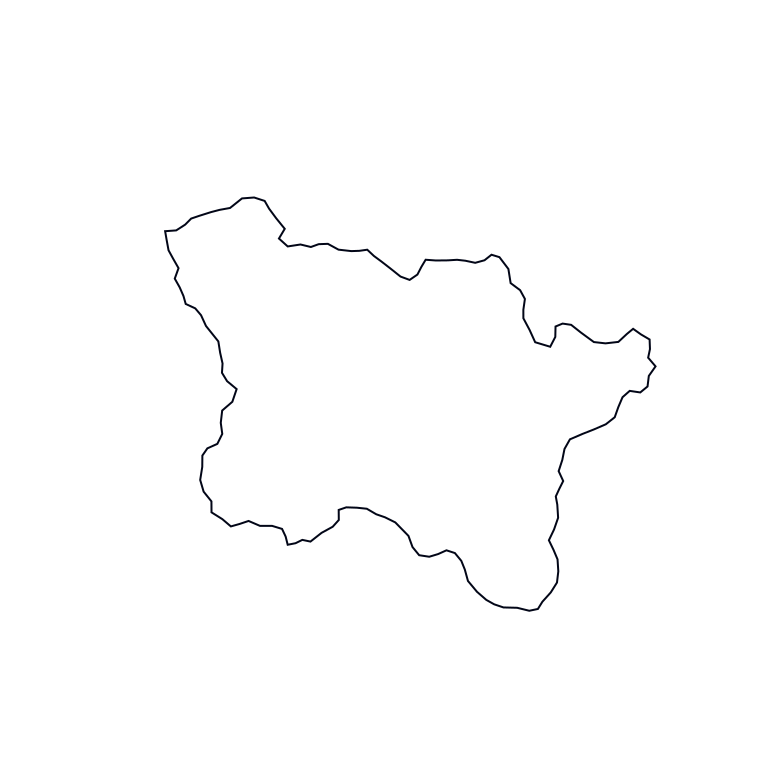 outline of Crucilândia, Minas Gerais, Brazil, rotated 132°
{"feature_id": "56859067B69877732933738", "entity_name": "Crucilândia", "entity_type": "district", "adm_level": 2, "iso_a3": "BRA", "parent_name": "Brazil", "parent_adm1": "Minas Gerais", "projection": "natural_earth1", "projection_center": [-44.362, -20.409], "detail": "fine", "context": "isolated", "style": "outline", "palette": "ink", "viewbox_px": 768, "rotation_deg": 132, "n_neighbors": 0, "source": "geoboundaries", "source_scale": "gbopen_adm2", "svg_char_len": 2086}
<svg xmlns="http://www.w3.org/2000/svg" viewBox="0 0 768 768"><g transform="rotate(132 384 384)"><path d="M470.1,145.7L461.2,135.3L455.3,124.3L448.2,119.1L439.8,120.6L427.3,120.6L415.8,122.6L406.6,129.1L398.2,137.7L393.8,147.1L389.8,156.9L378.3,160.3L366.9,165.1L357.7,174.5L352.6,181.1L344.2,183.7L336.2,185.9L331.9,195.9L321.1,200.7L311.5,206.4L300.7,208.8L288.3,203.1L277.5,197.7L265.5,192.2L254.3,190.3L244.4,194.4L234.2,197.9L224.7,196.8L218.8,187.9L209.5,186.5L200.8,192.6L189.2,194.0L187.7,205.3L180.1,209.7L173.2,216.4L175.2,226.2L176.3,235.8L184.4,237.0L195.9,238.0L205.6,246.6L212.4,256.1L214.0,272.1L214.8,284.5L219.6,291.7L226.5,295.0L234.4,288.2L245.1,285.4L251.8,299.6L246.4,312.0L241.9,324.4L235.6,330.1L226.5,336.2L223.2,345.6L224.3,357.4L215.3,368.5L212.5,383.1L216.0,390.6L224.8,392.1L232.9,397.3L238.0,406.1L242.8,412.8L249.5,419.4L257.5,428.1L263.8,436.2L271.9,434.6L280.3,432.4L289.5,434.6L293.1,443.6L293.9,456.9L294.7,467.8L295.6,477.2L295.4,486.3L301.5,491.4L307.1,497.2L314.6,507.7L317.4,519.5L323.8,526.1L331.1,530.0L336.2,539.4L346.2,547.6L346.2,559.4L335.1,561.6L333.0,574.9L330.6,586.7L327.8,595.2L332.3,605.3L341.1,613.7L356.2,616.2L364.6,622.7L371.9,627.5L382.6,633.8L390.1,638.0L398.6,638.4L408.9,641.2L416.9,648.9L422.1,642.3L428.8,633.6L432.1,624.2L435.4,614.2L445.7,610.0L448.9,600.5L452.8,591.9L457.2,584.9L454.1,574.9L455.3,566.0L460.0,555.1L463.2,535.6L470.4,526.7L476.8,517.7L484.1,511.9L486.9,502.5L486.4,490.1L498.7,484.8L512.0,486.5L522.1,479.3L529.3,470.8L540.0,467.8L550.0,472.2L558.7,471.1L567.2,463.6L578.3,456.4L584.7,446.0L586.7,433.7L594.8,426.3L592.6,413.7L592.3,402.5L584.7,397.7L576.4,393.0L572.4,381.2L564.3,372.2L559.9,362.8L563.2,355.0L567.9,348.0L561.5,343.2L554.5,340.4L550.3,333.2L536.4,330.8L524.4,326.6L515.3,326.6L507.9,333.4L500.9,329.5L494.1,321.4L488.2,313.3L486.0,302.6L482.4,294.1L479.3,283.0L480.5,264.2L486.1,253.7L487.7,243.3L482.1,234.8L474.2,230.0L465.8,226.3L462.2,218.2L463.7,208.2L467.8,199.8L474.2,189.8L476.2,175.9L476.0,163.6L474.0,154.7L470.1,145.7Z" fill="none" stroke="#020617" stroke-width="2"/></g></svg>